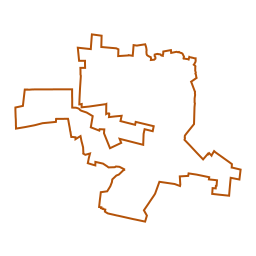 outline of Tixpéhual, Yucatán, Mexico
{"feature_id": "50627088B94701207387922", "entity_name": "Tixpéhual", "entity_type": "district", "adm_level": 2, "iso_a3": "MEX", "parent_name": "Mexico", "parent_adm1": "Yucatán", "projection": "natural_earth1", "projection_center": [-89.468, 20.961], "detail": "fine", "context": "isolated", "style": "outline", "palette": "amber", "viewbox_px": 256, "rotation_deg": 0, "n_neighbors": 0, "source": "geoboundaries", "source_scale": "gbopen_adm2", "svg_char_len": 4175}
<svg xmlns="http://www.w3.org/2000/svg" viewBox="0 0 256 256"><path d="M180.0,186.0L180.3,184.7L179.8,176.4L188.2,175.9L188.6,173.4L196.6,174.6L209.2,177.2L208.9,179.4L214.8,180.0L217.0,180.3L216.8,182.8L216.6,185.7L215.9,185.8L215.7,188.4L212.6,188.1L212.2,193.9L219.4,194.7L229.1,195.7L229.6,189.5L230.3,181.8L230.7,177.8L239.4,179.5L240.6,169.6L231.8,167.5L231.7,167.5L231.9,164.1L229.6,162.4L215.3,152.2L214.1,151.1L211.6,155.3L211.5,155.6L209.1,153.1L208.1,154.3L207.8,153.9L203.1,159.4L196.6,152.6L189.6,145.1L184.5,139.8L185.0,138.0L184.7,137.4L184.9,135.6L186.0,134.1L188.3,131.2L194.0,124.1L194.1,121.3L194.5,107.1L194.9,103.2L194.6,102.6L194.6,98.4L195.1,95.0L195.0,93.8L194.9,93.4L195.0,91.7L194.9,91.6L191.3,82.1L191.1,81.7L196.6,77.9L196.2,76.7L196.2,76.4L196.0,75.0L195.7,74.1L195.4,73.7L195.8,72.8L195.2,70.5L195.2,70.0L195.3,68.8L195.2,68.1L195.4,66.2L194.7,65.4L193.8,64.7L194.2,64.2L195.5,61.8L195.7,60.4L195.6,60.0L195.6,59.5L195.6,58.3L194.7,58.3L193.4,58.0L193.1,57.9L192.8,57.8L191.9,57.7L191.7,57.5L190.7,57.4L189.9,57.2L189.3,56.9L188.6,59.5L187.7,59.1L186.7,59.0L184.2,58.6L183.6,58.6L183.5,58.4L184.0,56.7L182.5,53.7L181.5,53.0L180.8,52.9L180.3,52.8L179.0,51.9L178.6,52.0L178.2,52.3L176.5,51.8L171.2,52.9L170.9,50.1L163.3,51.5L163.2,53.5L163.2,54.0L162.8,54.9L162.8,55.8L161.8,55.6L161.1,55.3L160.6,54.5L160.3,54.4L158.5,54.1L158.2,54.2L157.6,53.9L156.4,54.1L154.7,54.6L154.6,55.9L154.7,56.2L155.4,57.2L155.4,58.6L154.2,59.7L150.9,60.0L151.1,58.9L150.7,57.1L149.6,56.7L149.2,56.5L148.1,55.9L147.1,55.2L146.6,54.2L146.4,51.8L146.6,50.0L146.4,49.2L146.4,48.7L146.3,48.1L146.1,47.2L146.0,46.8L145.2,44.3L138.7,45.3L136.9,45.6L133.6,45.1L133.4,47.5L133.1,51.4L132.7,55.8L128.9,55.2L128.9,55.4L118.2,56.1L118.4,49.3L116.2,48.3L101.3,47.0L101.6,35.7L91.9,34.4L91.0,46.1L90.8,49.1L77.8,47.7L79.1,60.8L85.0,60.8L85.0,63.7L85.1,67.9L80.4,67.9L80.5,71.4L80.5,74.6L80.8,75.5L80.8,76.6L80.0,88.8L79.5,99.0L79.3,104.4L79.9,104.4L81.7,104.0L81.6,106.9L81.6,107.2L81.6,107.3L88.7,106.6L94.3,105.8L106.1,104.1L106.3,104.0L106.2,110.8L106.2,114.0L106.7,113.7L107.2,113.5L107.6,113.5L108.1,113.6L108.7,113.6L108.9,113.4L109.2,113.5L109.3,113.9L109.2,114.8L109.1,115.1L109.1,116.5L109.0,117.1L115.1,116.4L121.6,115.8L120.5,121.1L135.1,124.8L135.7,121.9L153.7,126.2L152.7,131.2L144.6,129.2L144.0,132.0L143.6,133.9L143.2,144.8L119.6,138.8L121.2,142.9L110.0,148.2L104.0,133.3L104.0,132.9L104.3,129.4L99.6,129.2L99.3,130.6L90.8,127.3L92.7,116.1L86.8,112.6L86.6,112.5L81.5,110.8L80.5,110.3L80.0,109.9L79.6,109.4L79.2,109.0L78.5,108.5L76.4,107.8L75.7,107.7L72.9,107.7L72.5,107.6L72.3,107.5L72.2,107.5L72.2,103.8L72.2,100.1L72.2,99.4L72.1,95.9L72.1,92.7L72.1,89.3L69.4,89.3L66.1,89.3L64.1,89.3L62.6,89.3L61.2,89.3L59.4,89.3L57.6,89.3L55.8,89.3L54.0,89.3L52.3,89.4L51.3,89.4L49.3,89.4L47.2,89.4L43.9,89.4L40.9,89.4L37.9,89.4L34.9,89.4L31.8,89.5L31.7,89.5L29.1,89.7L26.4,89.7L26.5,89.5L24.8,89.5L24.6,91.0L22.9,105.9L15.4,107.5L15.4,109.0L15.4,110.0L15.6,116.1L15.6,116.3L15.6,116.5L15.8,119.4L15.9,123.9L15.9,125.8L16.0,126.7L16.0,128.6L25.0,127.1L33.3,125.5L35.2,125.1L42.5,123.2L55.9,121.9L56.1,118.9L68.0,118.8L68.4,120.6L68.7,122.4L68.9,123.5L69.0,124.0L69.1,124.7L69.6,127.2L69.8,128.4L70.0,129.9L70.3,131.5L70.5,131.9L70.6,132.1L70.5,132.6L70.6,133.0L70.7,133.5L70.8,134.3L71.3,137.0L71.6,137.0L72.1,136.9L72.9,137.0L75.5,137.3L75.5,139.2L78.8,137.1L80.5,136.1L81.5,141.2L82.1,143.4L83.1,147.4L83.4,153.4L83.3,153.6L85.3,154.8L90.0,153.5L88.8,158.2L87.8,163.2L92.8,164.7L95.3,165.4L95.4,161.9L103.0,163.6L107.4,166.5L108.5,167.4L114.8,167.2L115.9,166.5L119.3,166.8L119.6,166.9L124.9,169.6L125.0,169.6L123.3,170.3L120.2,173.3L118.8,174.6L117.5,175.1L116.4,175.5L112.3,179.4L111.9,182.2L110.3,186.3L107.2,191.3L100.8,192.2L100.6,194.0L100.3,196.6L99.9,199.7L99.1,207.0L101.3,207.3L101.1,208.2L103.0,208.6L102.9,209.0L105.3,209.6L104.9,211.6L105.8,212.2L106.8,212.8L107.8,213.4L109.9,213.9L110.4,214.0L113.5,214.7L116.9,215.5L118.0,215.7L119.8,216.1L134.1,219.3L134.3,219.3L145.1,221.6L146.9,215.6L143.9,210.3L147.2,205.5L149.1,202.7L150.0,201.3L153.9,195.6L155.1,193.7L159.4,181.8L169.7,183.3L174.6,184.0L180.0,186.0Z" fill="none" stroke="#b45309" stroke-width="2"/></svg>